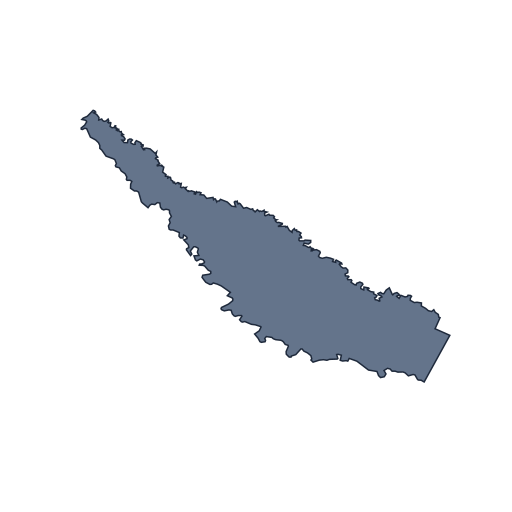 the district of San José La Máquina, Suchitepéquez, Guatemala, rotated 109°
{"feature_id": "79465075B14696818502524", "entity_name": "San José La Máquina", "entity_type": "district", "adm_level": 2, "iso_a3": "GTM", "parent_name": "Guatemala", "parent_adm1": "Suchitepéquez", "projection": "equal_earth", "projection_center": [-91.607, 14.266], "detail": "fine", "context": "isolated", "style": "filled", "palette": "slate", "viewbox_px": 512, "rotation_deg": 109, "n_neighbors": 0, "source": "geoboundaries", "source_scale": "gbopen_adm2", "svg_char_len": 6132}
<svg xmlns="http://www.w3.org/2000/svg" viewBox="0 0 512 512"><g transform="rotate(109 256 256)"><path d="M254.4,61.9L254.3,63.3L251.9,64.6L250.9,68.2L248.9,70.4L251.3,71.9L251.6,75.3L250.3,78.6L249.4,83.4L246.5,84.3L247.3,88.7L248.5,91.2L247.7,95.7L245.7,96.3L243.4,95.8L243.0,97.1L243.6,99.5L244.9,99.6L246.2,101.7L246.0,106.2L249.5,106.9L248.4,109.9L247.5,109.5L246.4,107.6L245.6,108.4L244.7,110.8L246.4,113.2L248.2,114.0L248.0,114.6L242.7,119.6L245.8,121.8L250.1,122.9L250.4,124.7L249.8,126.4L251.8,128.5L252.8,127.4L252.9,125.0L253.7,123.6L255.9,125.8L258.1,124.3L258.6,124.8L258.2,127.0L258.5,129.0L256.9,130.2L255.6,128.9L254.0,128.8L253.4,132.5L251.8,132.9L252.3,135.8L251.6,139.6L251.0,140.0L250.0,138.6L249.5,139.1L250.2,143.8L253.0,143.1L252.7,146.3L251.1,146.9L248.1,145.7L247.1,146.5L246.8,149.3L249.1,152.0L250.8,151.9L251.0,153.5L249.9,157.6L248.0,157.4L247.4,158.3L248.5,161.5L247.4,162.4L245.4,161.4L244.9,162.2L245.7,165.0L244.1,165.9L241.9,163.8L239.4,164.6L238.0,167.2L239.1,169.7L238.5,171.9L236.7,174.6L236.1,174.4L235.6,172.2L234.8,172.8L233.7,178.8L234.5,179.4L236.1,178.6L236.3,181.8L233.9,181.6L233.8,184.9L234.3,189.1L236.6,192.6L236.7,195.4L235.8,196.9L232.0,196.3L230.8,197.2L230.3,200.9L231.8,203.7L230.7,203.7L230.4,204.6L232.7,204.4L233.2,205.5L230.7,206.0L229.6,207.9L230.6,208.4L230.8,209.4L230.2,212.8L230.6,214.7L228.2,214.7L227.7,210.4L225.4,208.7L223.5,209.3L225.0,214.8L226.1,215.6L227.5,219.7L227.0,220.6L224.9,221.0L224.0,218.9L223.0,219.4L221.9,221.5L219.7,220.9L219.0,223.8L219.5,225.3L218.1,226.1L218.9,227.3L217.6,228.7L220.1,230.0L221.9,229.6L220.9,232.8L217.9,236.2L219.0,237.1L218.3,237.8L220.9,244.9L217.3,241.5L216.6,241.7L216.8,245.5L217.5,246.8L216.9,248.7L216.3,249.3L215.0,248.1L215.2,249.2L214.2,251.7L212.9,251.3L212.0,252.9L213.0,256.5L212.3,257.4L214.8,260.0L214.8,260.9L212.6,261.9L210.9,260.0L211.1,262.9L210.1,263.3L212.0,264.9L212.1,266.8L212.8,267.2L211.8,269.8L214.6,271.2L214.0,272.0L213.9,273.3L212.5,274.5L213.6,276.1L213.2,280.7L214.9,283.3L211.8,287.9L211.6,289.0L212.6,289.9L210.2,291.7L211.2,292.4L211.0,293.5L212.1,294.1L216.0,291.3L216.8,295.2L214.3,300.7L214.0,308.1L215.8,308.6L216.8,310.6L217.6,310.7L215.3,312.9L215.3,313.6L216.6,314.5L214.6,315.7L217.6,321.4L215.3,325.2L216.2,328.8L214.1,328.6L214.1,330.6L214.9,332.0L214.5,333.1L217.3,333.3L217.3,334.7L215.4,334.5L215.4,338.3L216.4,339.7L216.3,341.0L217.0,341.2L215.5,344.6L213.7,344.2L214.7,345.8L214.5,347.0L215.6,348.5L215.5,349.7L211.7,350.3L212.8,352.2L211.9,352.7L212.0,353.8L213.9,355.5L213.5,355.9L213.7,357.6L212.8,357.4L213.0,358.9L212.2,359.2L211.9,361.0L209.6,362.4L209.4,363.2L211.0,364.8L209.4,365.1L210.1,367.6L208.7,368.0L208.5,367.0L207.1,371.6L202.0,372.1L201.6,375.2L201.1,374.2L200.8,374.8L202.9,378.6L202.3,379.0L200.0,377.2L198.1,379.7L197.3,379.7L196.7,382.8L195.9,382.8L194.5,381.1L193.1,383.5L190.0,383.9L191.8,384.7L189.2,391.0L189.7,394.7L190.6,396.9L191.7,395.9L192.2,396.9L189.6,400.2L189.0,399.7L188.9,398.6L187.7,398.8L187.7,401.2L186.8,401.3L186.3,402.7L185.9,406.7L188.2,407.4L189.7,406.6L190.3,407.9L190.0,410.8L188.9,411.6L186.6,410.6L186.1,411.9L186.5,413.5L188.0,414.9L190.7,414.4L191.7,417.7L190.1,420.4L189.3,418.0L187.9,417.9L186.2,420.1L186.0,422.3L185.3,422.7L184.4,421.0L183.7,423.0L182.2,423.9L182.8,424.9L182.6,426.1L180.8,427.1L181.3,428.1L182.6,428.0L182.3,429.2L180.8,428.7L180.4,429.5L180.8,430.6L178.6,431.0L178.7,431.7L180.6,432.0L181.6,433.8L181.0,436.1L177.3,436.6L177.2,437.2L178.2,438.4L177.9,439.6L176.3,439.1L174.7,440.4L177.2,441.8L178.2,443.5L177.8,445.2L176.7,446.5L178.6,449.0L176.1,449.6L174.0,452.8L173.5,456.1L172.1,454.5L171.3,455.8L171.3,457.4L178.8,461.0L181.9,464.3L183.6,465.1L183.2,461.9L183.4,460.6L184.3,459.8L188.1,460.6L191.9,463.0L193.0,462.5L192.9,461.3L191.0,459.5L190.7,457.6L197.5,451.3L198.5,445.4L200.1,441.9L202.3,439.7L205.1,438.7L206.0,436.4L210.4,430.3L210.5,422.5L210.9,420.8L214.0,418.1L216.4,418.4L217.3,417.5L217.1,413.9L219.5,411.1L220.8,406.6L223.3,403.9L225.8,403.5L226.4,402.6L225.4,399.6L225.9,397.7L228.9,397.9L232.8,396.7L234.1,392.1L233.4,390.1L233.8,387.8L242.0,382.1L242.9,380.5L245.5,373.8L242.5,372.9L240.9,371.5L240.3,368.4L237.7,366.7L237.2,364.2L240.9,362.3L242.3,360.3L242.5,358.4L241.1,356.3L240.7,353.5L241.4,352.5L243.4,351.8L246.1,348.9L249.8,350.0L252.5,348.0L256.1,348.6L259.0,346.8L259.2,345.2L258.4,342.8L258.8,336.1L262.3,335.3L263.5,333.4L262.8,330.9L259.8,331.3L260.0,329.2L260.9,327.3L262.1,326.9L264.3,329.5L267.5,323.6L269.9,322.3L271.8,324.0L272.8,323.8L276.9,318.0L275.1,317.3L272.7,319.7L267.6,317.9L267.0,316.5L267.4,313.5L268.1,312.8L271.5,312.7L274.1,310.2L276.1,314.7L279.4,312.0L279.9,310.4L277.0,307.6L276.8,304.7L278.4,302.7L279.2,302.7L281.2,304.7L282.0,306.7L283.2,306.7L282.1,303.0L282.2,301.3L285.0,296.5L285.3,293.8L287.0,293.1L288.3,294.0L291.5,300.1L293.7,300.1L295.8,297.1L297.2,294.9L297.9,290.4L297.2,288.8L295.4,287.6L295.2,283.4L295.6,279.1L298.7,268.4L302.9,270.2L303.4,264.8L304.3,263.8L305.9,263.5L310.5,266.4L315.9,271.9L317.3,271.9L318.0,271.0L318.2,268.1L315.8,264.0L315.4,261.8L318.4,259.6L319.7,257.3L319.8,255.9L318.1,253.5L317.0,250.3L317.5,249.7L321.6,250.8L322.9,248.5L322.9,247.3L321.6,245.2L322.1,238.1L321.3,234.3L321.2,228.6L321.5,228.1L325.7,228.6L330.2,231.9L333.1,227.2L335.7,224.4L335.9,222.9L334.1,219.5L332.6,219.5L331.2,220.9L328.8,220.0L327.8,214.5L328.6,212.7L328.7,210.1L327.6,205.2L327.7,203.7L328.2,202.2L330.1,199.6L330.0,196.6L330.9,196.0L336.6,196.4L339.0,195.4L340.7,192.0L340.6,190.9L339.9,189.8L339.1,190.0L336.3,186.3L329.3,183.3L328.9,182.1L330.4,179.7L330.8,175.9L332.3,171.7L335.1,169.8L336.5,170.2L337.8,167.5L333.9,162.3L332.1,158.5L331.5,155.0L329.8,152.9L327.0,145.6L326.3,145.2L322.9,147.7L322.2,146.4L322.0,143.0L327.2,142.4L327.1,139.9L325.6,136.7L325.5,135.0L322.5,134.5L322.6,126.4L327.2,112.5L325.8,104.0L329.2,101.2L330.4,98.7L328.4,95.4L325.2,94.7L322.6,97.7L319.4,95.1L319.2,92.3L320.6,89.9L319.6,87.0L319.6,84.1L317.8,79.2L317.9,77.0L319.7,72.9L316.9,68.9L316.7,67.0L320.2,63.0L320.4,62.1L319.7,59.4L320.4,56.0L267.9,46.9L266.5,63.0L254.4,61.9Z" fill="#64748b" stroke="#1e293b" stroke-width="1.5"/></g></svg>